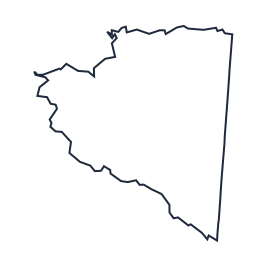 the district of Morehouse, Louisiana, United States of America, rotated 94°
{"feature_id": "52423323B62333237786738", "entity_name": "Morehouse", "entity_type": "district", "adm_level": 2, "iso_a3": "USA", "parent_name": "United States of America", "parent_adm1": "Louisiana", "projection": "mercator", "projection_center": [-91.791, 32.757], "detail": "fine", "context": "isolated", "style": "outline", "palette": "slate", "viewbox_px": 256, "rotation_deg": 94, "n_neighbors": 0, "source": "geoboundaries", "source_scale": "gbopen_adm2", "svg_char_len": 1209}
<svg xmlns="http://www.w3.org/2000/svg" viewBox="0 0 256 256"><g transform="rotate(94 128 128)"><path d="M234.1,31.3L228.4,31.4L226.1,31.4L216.7,31.3L213.1,31.0L193.7,31.0L189.5,31.0L187.1,31.1L177.5,31.1L174.7,31.1L171.8,31.1L171.4,31.1L136.2,30.7L129.8,30.9L90.6,30.7L66.2,30.7L65.5,30.8L27.3,30.5L26.7,38.1L23.2,40.6L25.0,45.5L21.9,47.2L24.8,59.4L24.6,75.2L22.3,79.5L24.3,86.2L31.6,96.9L28.0,98.3L28.3,103.1L32.6,113.5L29.2,126.1L32.7,135.9L27.1,137.3L28.6,141.3L32.8,144.4L31.6,151.0L35.9,150.6L33.5,155.5L39.5,150.1L35.4,147.7L39.0,145.5L44.6,150.0L58.0,145.8L60.5,155.6L70.7,166.2L78.9,165.4L74.6,171.5L74.5,181.9L68.3,194.0L74.2,199.2L73.6,200.7L80.9,216.7L81.2,221.9L78.3,225.5L81.4,224.0L83.2,214.0L86.1,211.0L93.5,219.1L102.3,220.6L102.9,210.9L109.2,206.9L109.8,201.8L113.8,200.2L125.0,206.7L128.3,204.7L132.2,205.5L136.4,200.1L136.5,193.8L145.9,183.9L157.0,184.7L165.1,173.6L168.2,162.9L173.3,158.1L172.6,152.0L167.8,149.3L171.1,142.9L174.7,142.2L181.4,131.3L182.0,124.6L179.6,116.3L183.9,112.4L183.4,108.4L187.7,99.8L191.5,89.9L201.8,81.3L209.4,80.7L214.9,76.2L213.7,71.9L221.0,61.0L219.7,58.8L227.4,47.0L233.5,41.1L229.6,40.0L234.1,31.3Z" fill="none" stroke="#1e293b" stroke-width="2"/></g></svg>